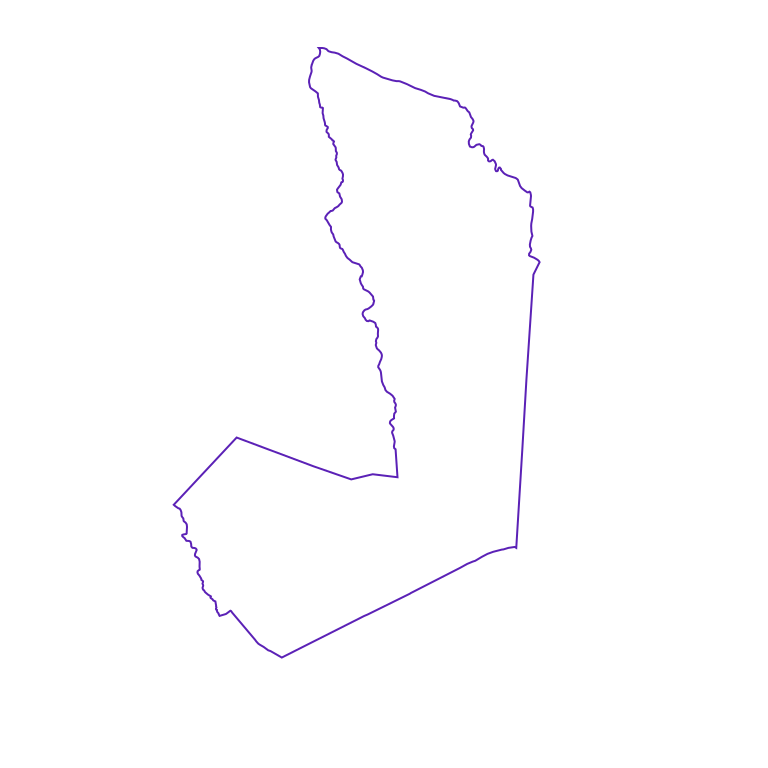 Chicualacuala, Gaza, Mozambique (orthographic projection), rotated 201°
{"feature_id": "85939544B15867606683535", "entity_name": "Chicualacuala", "entity_type": "district", "adm_level": 2, "iso_a3": "MOZ", "parent_name": "Mozambique", "parent_adm1": "Gaza", "projection": "orthographic", "projection_center": [32.034, -22.729], "detail": "fine", "context": "isolated", "style": "outline", "palette": "violet", "viewbox_px": 768, "rotation_deg": 201, "n_neighbors": 0, "source": "geoboundaries", "source_scale": "gbopen_adm2", "svg_char_len": 6158}
<svg xmlns="http://www.w3.org/2000/svg" viewBox="0 0 768 768"><g transform="rotate(201 384 384)"><path d="M537.0,195.9L535.2,195.2L531.5,194.3L530.2,194.4L529.0,193.7L528.3,193.0L527.2,191.7L525.7,188.3L524.6,187.4L523.2,186.6L522.0,184.4L521.6,184.1L519.6,183.5L517.9,182.3L516.7,180.0L514.7,173.7L514.9,173.1L517.1,171.8L518.2,170.9L518.1,170.2L517.8,169.7L516.2,169.0L515.0,168.7L512.3,166.8L509.7,167.6L508.5,167.5L508.0,167.3L507.6,166.7L506.7,165.5L505.7,163.3L505.0,162.8L504.1,162.4L502.1,163.0L500.9,163.0L499.9,162.5L499.4,161.9L499.5,157.7L499.2,156.4L498.8,155.9L498.1,155.4L495.6,155.1L493.9,154.3L492.4,152.0L490.8,147.5L489.6,145.0L489.6,144.4L490.3,143.7L490.9,142.4L490.6,141.2L489.7,140.1L487.7,139.0L484.9,136.8L484.3,135.7L482.6,135.2L482.2,134.9L482.0,134.1L481.9,132.5L481.0,131.7L480.6,131.1L480.5,130.7L480.4,128.8L479.9,127.9L479.0,127.1L477.9,126.8L476.8,125.8L476.0,125.4L472.9,124.3L469.5,123.7L469.5,122.5L469.1,122.1L467.0,121.6L465.9,120.8L465.3,120.7L463.5,120.6L461.3,116.9L461.0,116.0L460.4,115.5L460.4,114.2L460.2,113.7L459.9,113.3L459.1,113.3L458.7,112.4L457.9,111.4L456.2,110.5L455.7,109.7L454.4,108.6L449.3,112.5L448.8,113.1L446.3,117.1L446.1,117.3L445.3,117.2L443.9,116.2L412.5,98.9L411.0,97.9L408.2,96.5L406.4,96.1L402.1,95.4L396.7,93.9L394.3,94.0L381.4,92.0L319.4,160.3L316.7,162.9L284.7,197.5L284.1,198.4L247.1,239.6L241.9,245.8L237.4,250.1L235.5,251.6L230.7,257.7L226.5,262.5L221.9,266.5L214.7,271.6L213.2,272.4L209.1,275.6L203.6,278.7L201.8,278.4L231.3,372.1L252.7,439.4L283.7,539.7L282.4,553.5L283.6,554.4L285.2,555.0L289.2,555.7L293.7,555.7L294.7,556.1L295.2,557.7L294.6,559.7L294.6,562.1L295.4,563.2L296.9,564.5L297.8,566.5L298.5,570.5L298.7,573.5L298.5,575.4L301.0,579.1L303.3,584.4L304.0,586.7L304.8,591.2L306.6,598.4L307.4,600.5L308.5,602.0L310.8,602.2L311.3,602.5L311.6,603.0L314.1,612.1L314.6,613.1L316.1,615.3L317.1,615.7L318.2,614.5L319.0,614.3L321.8,615.0L325.7,616.2L327.9,617.6L332.2,622.6L332.7,622.9L334.9,623.5L343.4,623.0L346.5,623.4L348.0,623.9L351.5,625.8L351.9,626.7L353.5,627.6L354.0,627.4L354.3,626.7L354.4,625.6L354.2,624.2L354.3,623.6L354.8,623.1L355.7,622.9L356.5,623.6L357.3,624.6L357.9,628.7L358.4,629.5L359.8,630.9L360.5,631.6L362.7,632.4L363.4,631.8L364.2,630.4L364.7,629.9L365.3,629.6L366.2,629.5L367.1,630.2L367.5,631.5L367.9,632.0L369.5,633.0L372.1,634.1L372.9,634.9L373.8,636.3L374.3,637.5L374.6,638.7L375.2,639.9L376.1,641.1L376.9,641.5L378.4,641.2L379.7,641.9L381.0,642.0L383.4,640.4L384.8,637.8L385.8,636.9L387.0,636.5L388.9,636.5L390.8,638.6L391.8,640.9L391.8,642.9L391.1,645.2L391.6,647.0L392.4,648.0L392.4,649.1L391.7,652.7L392.2,653.7L393.7,654.4L394.5,655.5L394.7,656.4L394.4,660.0L394.5,661.1L394.9,661.9L396.2,663.1L398.6,664.5L399.4,665.5L401.7,668.1L403.7,668.8L406.4,670.7L407.6,671.1L409.0,670.4L412.5,670.4L414.7,672.8L415.9,673.7L417.3,674.3L419.6,674.0L420.6,673.6L421.5,673.8L424.0,673.8L440.4,671.0L447.0,671.2L450.5,671.8L455.0,671.8L461.0,671.4L470.3,672.2L477.3,672.3L478.5,672.1L481.0,671.2L484.9,670.5L494.7,669.7L496.6,669.8L501.5,670.8L507.0,671.6L514.0,672.3L524.5,673.0L535.2,674.6L540.1,675.1L544.9,676.0L548.7,675.7L551.8,675.0L554.6,674.8L555.4,674.9L557.7,676.0L560.1,676.0L561.9,675.6L565.3,674.3L563.8,673.4L562.6,671.3L562.1,669.1L562.0,667.1L562.6,665.9L564.9,663.4L565.6,662.0L565.9,660.3L565.8,655.9L566.2,656.2L565.7,655.4L565.5,653.7L565.1,652.8L563.8,650.5L563.5,649.4L563.3,644.6L562.9,641.1L562.1,638.8L559.4,634.7L558.2,633.9L552.8,632.6L549.9,631.6L548.6,628.5L546.5,625.8L545.2,623.3L544.1,622.0L542.8,619.6L542.4,619.5L541.4,619.6L540.7,619.9L539.9,619.7L538.4,614.9L536.8,612.8L535.7,610.5L533.2,607.3L532.5,606.2L531.9,604.8L531.3,604.3L530.1,604.2L528.5,603.7L528.2,602.7L528.6,600.9L528.3,599.4L527.9,598.7L525.6,597.8L524.8,596.9L524.1,595.0L520.6,593.8L519.3,592.9L518.7,593.1L517.6,592.5L517.6,590.6L517.3,589.8L514.1,587.7L513.7,587.2L512.4,584.2L511.0,583.1L510.7,582.6L510.4,581.7L510.4,579.9L509.7,578.4L509.7,576.3L509.5,575.8L507.8,574.4L506.3,571.7L504.0,569.9L502.9,568.4L502.1,568.0L500.4,567.8L498.6,566.4L497.4,565.0L496.8,563.3L496.4,560.8L495.4,559.7L495.0,558.6L495.2,557.6L495.7,557.4L496.1,556.9L495.9,554.4L497.3,549.6L497.5,548.6L496.9,547.4L496.2,546.4L494.0,545.9L492.2,543.2L489.7,541.3L488.7,539.5L488.5,538.8L488.6,537.8L489.8,535.5L490.4,533.7L491.5,532.2L493.0,530.5L494.0,527.6L495.1,526.7L495.8,526.4L497.0,523.9L497.6,522.9L498.5,519.5L498.4,518.2L498.0,517.3L496.1,516.4L491.9,513.0L489.8,511.7L488.9,509.2L487.8,507.6L487.0,506.7L485.0,505.4L483.9,503.7L480.2,499.7L479.0,499.3L477.5,499.1L476.1,498.6L475.3,497.9L474.4,496.1L473.6,495.2L473.1,495.1L471.3,495.1L470.7,494.7L468.8,492.8L467.1,491.6L465.5,490.0L464.0,489.0L463.1,488.5L460.7,487.8L457.2,486.4L450.2,486.8L449.3,486.4L448.1,485.4L446.4,484.6L444.5,482.6L443.7,481.0L443.4,478.2L443.4,476.5L444.2,476.2L444.2,473.0L441.7,469.7L440.4,468.6L438.5,467.3L437.7,465.8L437.2,465.4L436.6,465.2L432.1,464.8L430.4,464.3L425.6,461.7L424.1,458.9L423.4,458.4L423.2,458.4L422.9,457.5L422.8,455.5L422.6,455.2L422.7,454.0L423.7,451.8L425.5,448.9L426.6,447.8L427.9,446.9L428.7,445.8L429.3,443.8L429.3,442.5L428.9,441.4L427.6,439.8L425.4,438.6L424.2,437.4L422.6,436.7L421.2,437.0L420.6,437.5L420.4,438.1L420.1,438.2L416.3,438.3L414.0,437.8L412.9,436.4L412.0,434.7L410.4,434.2L409.4,433.4L408.9,432.5L407.7,428.6L406.7,426.4L406.7,425.0L407.2,423.4L407.1,422.1L406.9,421.0L406.1,420.0L405.9,419.5L405.7,417.7L405.5,417.2L403.5,414.8L402.6,414.3L400.6,413.6L398.1,412.2L396.8,410.9L396.2,409.9L395.8,408.6L395.5,406.2L395.7,403.3L395.6,401.0L395.8,398.8L395.4,397.6L392.7,395.7L391.7,394.7L390.9,393.5L386.9,385.7L384.3,382.8L382.2,381.1L380.5,378.9L378.5,377.8L374.8,377.1L371.8,376.1L368.7,373.9L368.5,371.9L367.8,370.8L366.5,370.0L365.6,369.1L365.2,368.0L365.2,365.9L363.0,362.4L363.8,360.1L363.2,357.6L362.3,355.5L364.1,353.1L364.7,352.0L364.8,350.8L364.5,349.6L363.8,349.0L360.3,347.2L359.6,346.7L358.8,345.5L358.7,344.5L359.3,342.8L359.0,341.4L356.9,339.1L353.6,334.5L353.3,333.8L352.4,329.3L351.4,327.7L349.8,327.2L338.0,301.8L362.2,295.7L380.4,283.2L420.4,281.9L502.4,281.2L537.0,195.9Z" fill="none" stroke="#5b21b6" stroke-width="2"/></g></svg>